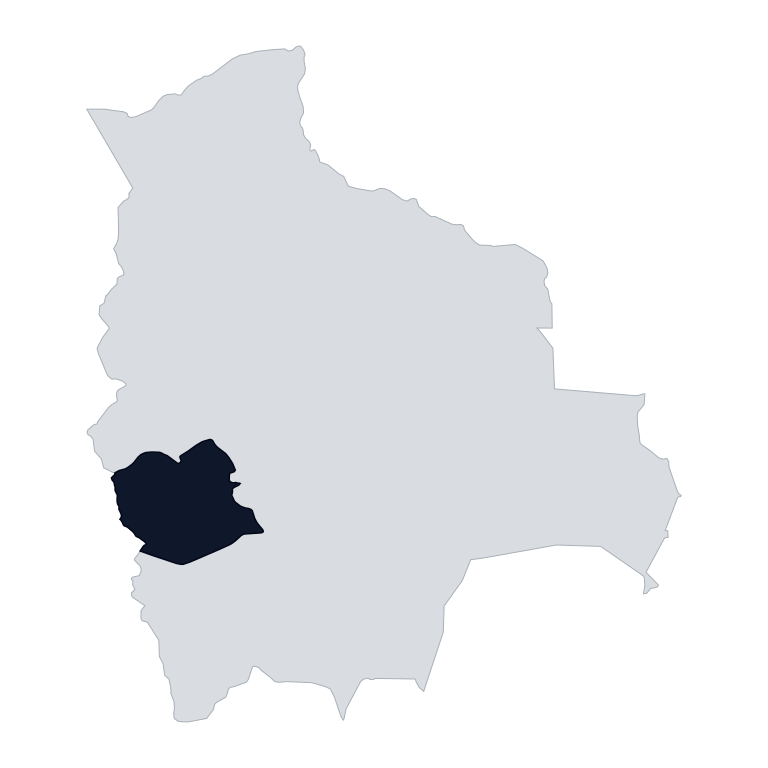 Oruro highlighted on a map of Bolivia
{"feature_id": "BOL-1937", "entity_name": "Oruro", "entity_type": "Department", "adm_level": 1, "iso_a3": "BOL", "parent_name": "Bolivia", "parent_adm1": "", "projection": "albers", "projection_center": [-67.639, -18.613], "detail": "fine", "context": "in_parent", "style": "filled", "palette": "ink", "viewbox_px": 768, "rotation_deg": 0, "n_neighbors": 0, "source": "natural_earth", "source_scale": "10m", "svg_char_len": 6049}
<svg xmlns="http://www.w3.org/2000/svg" viewBox="0 0 768 768"><path d="M94.6,451.2L93.1,439.4L91.0,436.5L88.0,434.6L87.0,432.2L88.0,429.7L93.9,424.7L97.1,423.9L97.9,421.4L108.7,407.3L112.0,404.4L115.8,402.4L117.4,400.7L116.5,395.6L116.8,392.2L118.1,390.0L125.4,385.9L126.1,385.0L125.8,383.7L122.6,381.1L116.0,378.9L111.7,379.1L107.5,375.4L98.7,354.3L97.2,349.4L97.3,347.5L103.0,336.9L109.3,328.5L108.6,326.6L101.4,318.4L99.1,314.5L99.8,305.9L104.0,303.3L105.9,295.7L107.7,294.4L111.6,289.1L116.9,284.3L117.3,278.5L118.9,276.9L123.5,275.1L124.0,273.6L122.9,269.7L120.6,265.7L118.7,263.7L116.2,253.7L113.6,248.7L116.4,244.1L118.1,239.1L118.6,233.2L118.1,207.5L123.6,201.1L126.4,199.7L129.1,197.6L128.9,193.5L132.8,188.0L86.8,109.2L104.6,109.2L124.0,111.9L127.3,113.6L128.0,116.3L130.2,117.5L135.5,116.8L151.4,109.9L153.6,107.8L159.1,100.2L163.5,96.0L167.6,94.5L175.6,93.9L178.1,95.1L181.4,94.9L184.2,90.6L188.5,85.9L197.0,80.0L201.3,78.4L203.9,76.3L208.6,76.0L212.6,73.9L232.2,59.0L240.1,55.2L249.2,53.6L256.1,51.5L273.5,49.6L284.7,48.9L288.3,51.0L292.3,50.4L295.8,47.1L298.6,46.1L300.7,46.2L303.6,50.2L305.1,54.4L304.0,57.6L304.2,62.3L305.4,68.4L304.6,73.8L298.2,83.7L297.6,86.7L297.9,90.7L299.8,97.3L303.1,106.4L303.6,113.1L301.1,117.5L299.9,121.2L300.0,124.4L300.9,126.6L302.4,127.9L303.2,130.5L303.4,134.3L305.3,138.0L309.2,141.6L310.7,145.0L309.9,148.2L310.1,150.2L311.2,151.1L313.7,149.6L314.9,149.9L317.6,154.4L319.3,159.1L319.7,161.9L327.9,164.9L338.8,173.9L343.7,176.4L348.3,186.2L356.6,188.5L372.5,191.2L380.2,188.3L385.2,188.9L390.4,191.1L402.2,199.6L407.1,201.1L410.6,199.1L413.9,198.4L416.3,199.4L418.8,206.4L427.7,214.3L431.1,216.6L435.1,216.5L451.7,224.1L456.2,224.8L460.6,224.4L463.5,225.9L464.5,230.1L471.8,238.8L475.2,242.2L479.4,245.1L490.1,245.4L493.3,246.4L515.2,244.5L523.2,248.5L543.2,261.0L547.2,268.8L547.9,273.0L546.5,277.1L544.7,278.6L544.0,281.3L544.6,285.4L547.7,289.1L550.1,301.4L551.9,303.9L552.2,328.1L536.8,328.0L539.3,330.4L552.9,348.2L554.5,388.9L635.3,395.7L637.3,395.7L643.4,393.8L644.9,393.9L644.1,404.5L637.8,412.4L637.2,415.0L637.6,425.8L639.2,434.7L639.9,442.6L642.1,445.2L648.9,449.7L659.0,458.0L663.2,459.2L666.8,458.4L668.7,461.6L668.9,466.7L677.1,490.4L678.6,493.6L681.2,495.4L680.7,496.5L678.3,496.9L677.2,498.5L665.2,530.6L667.8,530.8L668.1,537.4L664.9,537.7L663.9,539.1L646.0,572.3L658.5,585.1L657.1,587.1L650.5,588.6L646.7,593.3L643.5,593.8L644.9,585.4L644.3,577.9L643.5,576.0L600.7,546.4L556.2,545.0L482.7,558.1L470.7,559.7L462.3,580.5L444.1,606.1L443.3,632.0L423.7,691.4L419.3,687.5L416.1,681.8L415.3,679.2L414.8,679.0L375.1,678.4L373.1,679.6L370.3,679.5L368.2,678.3L366.2,678.4L363.3,679.4L360.6,681.6L346.2,708.6L344.1,718.4L343.2,720.1L341.0,716.6L334.2,696.5L330.4,689.1L325.9,686.8L312.0,682.7L286.9,681.6L278.9,682.3L274.9,681.7L270.6,677.6L261.2,670.3L259.3,668.0L255.7,666.4L253.5,666.2L252.2,667.7L248.5,679.1L246.5,682.2L233.4,686.8L229.9,687.4L228.0,690.1L227.2,693.8L225.6,697.3L216.5,702.4L214.5,704.5L213.4,709.6L206.7,718.4L188.4,721.9L182.4,721.8L178.2,721.3L174.2,718.4L173.7,713.6L174.4,708.5L174.0,701.5L170.8,693.3L171.0,690.6L170.6,686.6L168.9,679.1L164.7,675.3L163.0,663.5L159.4,656.6L158.8,640.2L147.3,622.1L142.6,620.9L141.4,619.8L140.9,617.1L141.1,610.4L144.9,605.7L132.2,597.0L131.5,594.9L131.5,592.9L134.9,589.4L132.7,585.0L132.9,581.1L131.5,579.4L131.6,578.1L133.0,577.0L139.1,575.7L141.0,571.7L141.1,568.4L140.1,566.0L134.4,560.1L134.3,559.1L145.6,544.2L145.3,543.0L144.2,541.6L137.9,537.2L131.2,530.3L126.3,526.8L122.8,523.3L120.9,520.4L120.3,512.4L117.9,504.4L114.6,485.1L111.9,478.0L114.6,474.3L114.4,473.2L103.6,467.8L101.4,459.0L94.6,451.2Z" fill="#d9dde1" stroke="#a8b0b8" stroke-width="1"/><path d="M119.9,519.3L121.3,517.3L121.7,516.3L121.7,515.2L121.5,514.7L118.8,508.9L119.1,508.1L119.2,507.4L119.1,506.7L118.8,506.1L117.6,504.0L117.1,501.5L117.2,498.8L117.5,496.4L117.5,495.2L117.1,494.2L115.3,491.1L115.1,490.3L115.2,487.5L115.2,487.0L114.4,484.9L114.4,484.4L114.4,483.9L114.2,482.7L113.7,481.8L112.2,480.2L111.4,477.9L112.9,476.3L114.7,474.9L115.0,472.7L115.5,472.5L119.0,470.6L125.5,468.8L127.9,467.4L132.1,464.2L133.8,462.6L138.1,457.1L140.8,454.7L141.3,454.4L144.4,453.0L146.0,452.5L151.9,452.0L159.6,452.3L161.0,452.8L164.9,454.8L166.5,455.3L167.6,455.9L177.3,463.1L177.5,463.2L177.8,463.3L178.4,463.4L179.1,463.3L180.1,462.6L180.5,462.2L180.7,461.7L180.9,461.3L181.0,460.8L181.1,460.4L181.0,460.1L181.0,459.9L180.7,459.2L180.2,458.4L180.1,458.0L180.0,457.6L179.9,456.9L179.9,456.5L180.1,456.3L181.1,455.5L189.2,450.4L190.3,449.5L196.3,445.2L202.1,441.8L203.2,441.4L209.6,439.5L210.0,439.5L210.5,439.5L211.1,439.7L211.5,439.8L211.8,440.0L212.5,440.5L212.9,441.0L213.2,441.5L213.5,442.0L214.2,443.4L215.0,444.6L216.2,446.0L216.3,446.2L217.5,447.3L225.5,453.5L226.3,454.4L228.9,457.6L232.6,463.4L235.3,470.0L234.8,471.0L234.4,471.5L233.8,471.9L233.2,472.1L229.9,473.2L229.5,474.0L229.2,478.8L229.3,480.0L229.5,480.6L229.7,481.2L230.1,481.6L230.6,481.9L232.3,482.7L232.9,482.8L233.5,482.8L234.8,482.6L236.0,482.5L236.6,482.7L237.6,483.1L238.0,483.2L239.1,483.1L240.2,483.5L239.1,484.8L237.7,485.7L235.5,486.7L234.2,487.5L233.2,488.1L232.7,488.5L232.5,488.9L232.4,489.2L232.5,490.9L232.5,491.7L232.4,492.4L231.9,494.6L231.9,495.2L231.9,495.9L232.0,496.1L232.6,497.1L234.3,500.9L234.7,501.5L235.0,501.8L235.5,502.3L239.6,505.5L241.0,506.4L245.3,508.0L248.4,508.4L250.9,509.4L251.6,510.0L252.2,510.6L252.4,511.1L254.6,518.0L254.7,518.3L256.5,521.9L258.9,525.2L262.5,529.4L263.3,531.0L263.3,531.5L263.0,532.0L262.6,532.4L262.0,532.6L260.6,532.9L254.6,533.3L244.4,534.0L243.2,534.4L241.2,535.5L235.3,540.9L231.8,543.5L229.8,544.6L219.7,549.2L204.9,555.6L189.8,562.1L183.3,564.3L180.7,564.3L176.3,563.4L154.1,556.0L140.3,551.1L140.1,551.0L142.3,547.7L143.3,546.2L144.0,545.5L146.0,544.6L146.4,544.3L146.0,543.3L145.1,542.2L144.1,541.3L138.9,537.5L137.2,536.9L135.8,536.0L134.1,533.1L133.0,531.8L128.4,527.8L126.8,526.7L124.5,526.0L123.9,525.5L123.3,524.8L122.2,522.1L121.2,520.5L120.6,519.8L119.9,519.3Z" fill="#0f172a" stroke="#020617" stroke-width="1.5"/></svg>